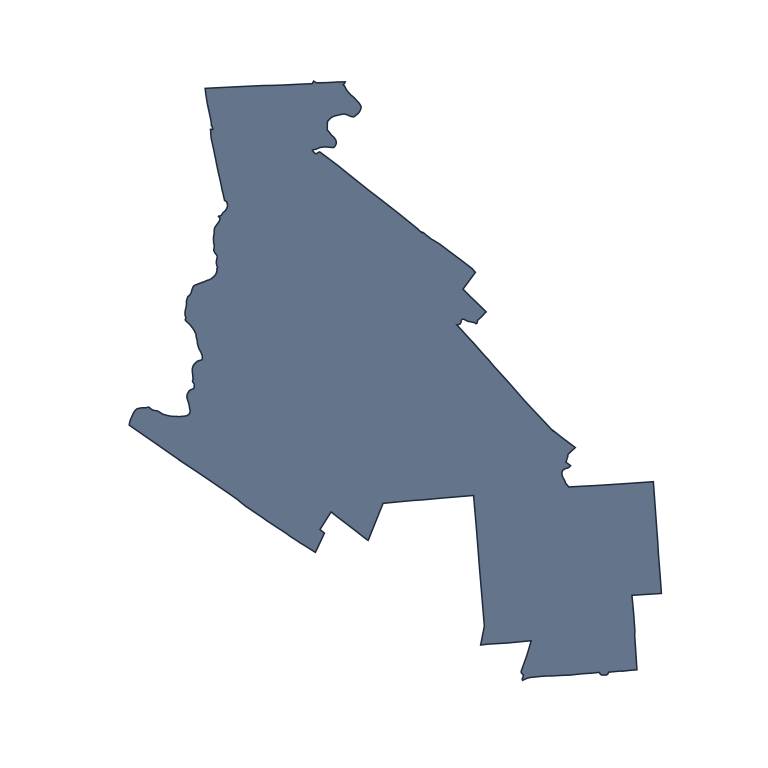 outline of Sarulesti, Calarasi, Romania, rotated 264°
{"feature_id": "2599482B18552862006598", "entity_name": "Sarulesti", "entity_type": "district", "adm_level": 2, "iso_a3": "ROU", "parent_name": "Romania", "parent_adm1": "Calarasi", "projection": "equal_earth", "projection_center": [26.648, 44.417], "detail": "fine", "context": "isolated", "style": "filled", "palette": "slate", "viewbox_px": 768, "rotation_deg": 264, "n_neighbors": 0, "source": "geoboundaries", "source_scale": "gbopen_adm2", "svg_char_len": 6110}
<svg xmlns="http://www.w3.org/2000/svg" viewBox="0 0 768 768"><g transform="rotate(264 384 384)"><path d="M300.8,567.6L311.3,556.3L312.9,554.6L320.1,547.3L319.6,547.1L328.3,540.6L345.4,527.5L354.6,520.7L371.6,508.8L379.3,503.2L390.1,495.2L397.2,490.5L402.4,486.5L416.3,476.7L418.9,474.6L435.3,462.6L435.3,464.3L435.9,466.2L437.7,467.2L439.3,467.5L440.0,468.2L440.2,469.1L440.1,470.0L437.6,473.9L436.4,477.8L435.5,480.5L434.3,481.8L434.8,482.9L437.5,483.7L441.0,488.5L444.3,492.0L444.8,492.9L445.0,493.2L454.5,485.3L457.7,482.7L461.3,479.5L470.1,472.5L485.5,486.6L489.2,483.9L489.4,483.9L498.4,474.4L507.1,465.0L517.1,454.3L521.3,448.9L523.0,446.4L527.5,441.7L529.0,440.3L530.6,438.8L530.6,437.3L531.3,437.3L532.1,435.8L532.6,435.3L534.5,434.0L542.1,426.4L550.0,418.5L551.8,416.7L566.1,401.9L578.9,388.4L597.3,369.8L606.0,361.1L621.6,344.3L621.3,343.1L620.1,340.9L620.6,339.3L623.7,337.1L624.3,337.7L624.5,340.7L625.9,345.1L626.0,349.3L625.7,351.9L625.2,354.1L624.4,358.2L624.9,359.5L626.7,360.9L628.3,361.8L629.8,361.8L631.1,361.7L631.5,361.6L632.7,361.1L634.7,359.9L635.9,358.7L636.8,358.0L638.3,357.0L640.3,355.8L641.7,354.8L642.7,354.2L646.6,354.6L649.9,355.1L651.4,355.5L652.1,356.6L652.9,357.3L654.1,358.9L655.4,361.6L656.2,366.4L656.7,371.5L656.4,373.6L655.3,375.9L653.4,379.3L652.8,381.7L653.4,383.1L655.9,386.8L657.5,388.2L659.2,389.3L660.9,390.0L661.7,390.2L662.7,390.2L665.8,388.7L667.9,387.2L672.0,384.1L674.0,382.2L675.0,381.2L677.4,379.4L680.0,377.7L684.7,375.8L685.6,374.8L686.0,374.7L687.0,376.1L688.6,377.0L688.9,372.9L689.3,369.1L689.3,366.9L689.8,357.7L690.3,351.8L690.6,348.3L692.6,345.7L690.2,344.0L691.1,329.6L691.9,314.7L692.7,303.5L693.4,296.1L694.0,285.9L694.7,274.0L696.5,241.4L696.7,237.0L695.1,237.0L690.4,237.1L685.8,237.3L682.4,237.5L680.1,237.7L665.2,239.3L662.5,239.5L660.1,239.4L659.0,239.3L658.6,240.0L655.1,240.3L655.4,238.0L653.2,238.1L652.3,237.9L651.6,237.9L646.4,237.8L644.7,238.0L636.7,238.9L632.8,239.3L629.9,239.5L625.8,240.0L619.7,240.5L617.5,240.8L616.4,240.8L614.0,241.1L611.1,241.4L609.4,241.7L607.5,241.8L606.0,242.1L603.0,242.4L599.4,242.8L593.1,243.3L591.8,243.6L585.9,244.3L583.2,244.6L583.0,244.8L582.7,245.3L582.0,246.3L581.8,246.7L580.0,246.8L578.5,247.1L577.8,247.1L577.2,246.9L576.0,246.4L575.1,245.9L574.1,245.2L573.3,244.6L572.1,243.1L571.5,242.2L570.5,241.2L569.6,240.4L569.1,240.1L568.9,239.9L568.6,239.5L568.4,239.0L568.3,237.7L568.3,237.2L568.2,237.0L568.0,236.8L567.6,237.0L567.0,237.7L566.4,238.0L566.0,238.1L565.0,238.1L563.9,237.6L562.6,236.7L558.1,232.7L557.4,232.2L556.4,231.7L554.4,231.1L552.1,230.9L550.0,230.4L547.7,229.7L541.7,229.3L540.7,229.5L539.3,229.7L537.7,229.4L535.3,228.7L534.8,228.6L534.3,228.7L531.6,229.7L530.1,230.9L529.0,231.4L528.4,231.5L527.8,231.4L524.0,230.2L522.7,229.9L521.8,229.8L520.9,229.9L520.5,230.0L520.1,230.0L519.2,230.1L518.4,230.3L517.7,230.6L517.1,230.7L516.2,229.8L514.7,229.8L512.5,229.1L511.2,228.4L509.9,227.5L508.9,226.2L507.6,224.5L506.7,223.0L506.2,221.9L505.8,220.9L505.7,219.4L505.2,217.8L504.7,216.5L504.5,215.5L504.2,214.6L504.1,213.6L503.7,212.4L503.1,210.0L502.7,208.6L502.2,206.7L501.9,205.8L501.0,204.5L497.3,202.6L494.7,201.7L493.2,200.5L492.9,200.1L492.2,199.4L492.1,199.2L491.8,198.6L491.5,198.1L491.2,197.9L489.4,197.1L486.6,196.0L484.7,196.1L484.1,195.8L483.4,195.8L480.1,194.9L478.5,194.2L476.3,193.6L473.0,193.3L471.5,193.8L470.5,194.1L470.0,193.5L468.5,193.0L467.6,193.4L465.4,195.5L462.9,197.4L462.0,198.1L461.7,198.1L461.2,198.5L460.4,198.9L459.9,199.4L458.1,200.2L457.0,200.9L453.3,202.1L452.7,202.4L452.2,202.3L451.9,202.1L451.2,202.1L448.6,202.4L447.4,202.7L443.0,202.7L438.6,203.6L434.3,205.4L433.1,205.6L432.5,205.8L431.8,206.2L428.7,206.0L427.5,205.8L427.1,205.4L426.9,204.4L426.7,203.5L426.7,202.7L426.1,200.5L425.5,199.9L425.1,199.2L424.1,197.9L422.9,196.7L421.9,196.0L420.7,195.5L419.1,194.9L417.2,194.7L416.2,194.6L412.7,194.7L411.6,194.7L410.5,194.6L409.1,194.7L408.6,194.6L407.5,193.9L406.2,193.9L404.0,195.2L402.8,195.2L400.9,194.9L399.8,194.5L399.2,193.8L398.2,190.4L397.6,189.5L394.6,187.3L392.5,186.7L390.4,186.6L384.3,187.9L380.8,188.1L377.6,188.4L376.1,188.1L374.7,187.2L373.9,186.3L373.4,185.3L373.0,184.1L372.9,181.8L373.0,178.6L372.9,176.9L373.3,175.2L373.6,173.7L373.6,172.9L374.2,168.9L375.6,164.5L376.8,161.6L377.6,160.2L380.3,156.9L380.9,155.8L382.0,151.8L383.4,149.8L384.2,149.1L385.3,148.1L385.7,146.8L385.4,146.0L385.3,144.3L385.7,140.9L385.3,136.2L385.0,135.6L384.1,134.2L381.9,132.1L375.4,128.3L372.2,126.9L369.7,126.3L359.6,138.0L346.8,152.9L335.0,166.5L330.6,171.7L329.9,172.6L329.7,172.4L315.1,190.2L305.3,201.8L301.1,206.7L291.1,218.5L284.5,226.1L280.5,229.9L276.7,233.8L274.0,237.1L271.6,239.9L269.1,242.9L267.4,244.9L265.1,247.7L263.0,250.1L260.1,253.3L245.0,271.9L242.6,274.3L236.8,281.6L234.3,284.5L233.1,286.2L223.7,298.2L241.9,309.2L245.9,305.1L262.3,318.0L257.2,323.2L243.8,337.4L233.5,348.1L231.6,350.1L230.1,351.9L265.4,370.6L265.2,393.5L265.1,400.9L264.7,410.5L264.6,418.4L264.5,428.0L263.8,461.4L241.8,461.0L226.9,460.7L190.2,459.7L133.2,458.5L131.8,458.2L114.3,452.8L114.4,460.4L113.5,479.5L113.3,503.5L102.7,499.2L97.7,497.0L88.4,492.5L84.7,490.7L83.6,490.3L82.5,490.3L80.0,492.2L77.2,491.2L76.1,490.5L74.8,490.8L76.4,495.6L76.7,497.9L76.8,498.2L76.9,499.2L76.8,503.2L76.8,504.8L76.8,506.5L76.8,510.6L76.6,515.1L76.2,519.1L76.1,520.5L75.6,530.6L75.1,537.5L75.0,540.1L75.1,543.6L75.1,550.5L74.7,561.0L74.7,567.8L72.5,569.0L71.8,570.1L71.3,574.9L71.9,575.9L72.8,576.8L73.9,577.1L73.8,589.4L73.4,590.8L73.5,598.1L73.3,605.7L108.6,607.1L111.6,607.7L129.2,608.3L147.9,608.5L146.7,638.0L164.0,638.6L186.7,639.2L199.6,639.8L213.2,640.2L249.7,641.4L258.7,641.7L259.6,616.1L260.8,586.0L262.2,559.5L262.2,558.8L262.3,557.6L262.3,556.9L263.4,556.3L265.7,554.7L266.8,554.2L267.3,554.0L268.5,553.8L269.4,553.5L272.5,552.1L274.3,551.7L275.5,551.6L276.7,551.6L277.5,551.8L278.6,552.2L279.5,552.9L280.1,553.8L280.8,555.4L281.4,558.6L281.7,559.2L282.3,560.0L283.3,561.0L287.3,556.7L287.6,557.0L288.7,557.5L290.7,558.3L292.1,559.0L292.7,559.2L294.2,559.4L294.8,559.7L297.4,563.0L300.8,567.6Z" fill="#64748b" stroke="#1e293b" stroke-width="1.5"/></g></svg>